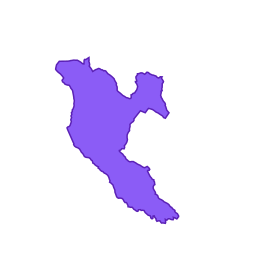 the district of Indiara, Goiás, Brazil, rotated 309°
{"feature_id": "56859067B57981845225789", "entity_name": "Indiara", "entity_type": "district", "adm_level": 2, "iso_a3": "BRA", "parent_name": "Brazil", "parent_adm1": "Goiás", "projection": "equal_earth", "projection_center": [-49.96, -17.208], "detail": "fine", "context": "isolated", "style": "filled", "palette": "violet", "viewbox_px": 256, "rotation_deg": 309, "n_neighbors": 0, "source": "geoboundaries", "source_scale": "gbopen_adm2", "svg_char_len": 4708}
<svg xmlns="http://www.w3.org/2000/svg" viewBox="0 0 256 256"><g transform="rotate(309 128 128)"><path d="M87.9,222.9L88.7,223.4L89.7,223.0L90.8,223.2L91.5,222.7L92.5,220.3L92.3,218.6L92.5,217.0L93.5,216.3L93.3,213.7L93.8,211.9L93.5,210.7L93.8,209.1L94.2,208.1L94.2,206.4L93.9,205.0L93.6,203.6L93.3,202.4L93.5,201.0L93.3,199.2L92.7,196.9L92.9,195.4L93.6,194.5L94.2,193.5L94.2,192.1L93.8,190.7L94.7,190.4L95.3,189.6L96.0,187.8L96.5,186.4L97.1,185.5L98.1,184.6L99.7,184.1L100.9,184.5L101.9,183.3L102.7,182.6L103.1,181.5L104.0,180.7L103.4,179.2L103.9,177.8L104.2,176.0L104.7,174.7L105.2,173.6L106.0,171.9L106.8,170.2L107.7,170.2L108.4,171.1L109.6,170.9L110.2,169.0L110.2,167.1L107.7,166.0L107.1,164.8L106.8,162.9L106.7,161.0L106.3,159.6L105.9,158.1L105.8,156.3L105.5,154.6L105.2,153.1L103.9,151.6L103.0,150.9L102.5,149.3L102.7,147.7L102.6,146.5L103.0,145.1L103.7,144.3L103.7,142.8L104.0,141.6L104.4,140.2L104.3,138.7L104.5,136.0L105.1,135.4L106.2,136.2L107.1,136.2L108.1,136.2L109.4,138.1L110.8,137.6L112.0,136.3L113.5,136.4L115.0,136.2L116.1,136.0L117.4,135.5L118.6,134.9L119.9,133.4L121.9,131.8L123.3,131.3L125.2,130.9L126.9,130.9L128.2,129.7L130.5,128.6L132.1,127.2L134.3,127.4L136.4,128.0L138.0,127.7L138.7,126.9L149.2,126.8L150.7,131.8L153.9,131.6L154.8,131.6L156.1,131.6L156.7,132.7L157.8,135.4L158.0,137.3L158.0,139.7L158.6,141.9L158.8,144.7L159.1,147.3L158.5,149.1L159.1,150.9L165.6,150.3L166.0,148.3L166.3,146.8L167.1,145.7L168.2,144.1L168.9,142.7L169.9,142.2L170.5,141.3L170.9,140.1L171.0,138.9L171.7,137.1L172.4,135.7L172.6,134.6L173.4,133.8L173.9,132.8L175.1,132.2L176.5,131.5L177.4,130.5L178.5,131.1L179.6,129.6L181.0,129.0L183.0,127.5L184.0,126.7L185.4,126.7L186.5,126.3L187.1,124.7L187.8,122.6L189.2,122.3L188.1,120.8L187.0,120.7L186.1,120.3L185.7,118.9L186.0,117.1L185.5,115.8L185.1,114.5L184.5,113.6L183.8,110.8L183.9,108.9L183.3,107.6L181.7,107.4L180.3,107.2L180.0,105.5L179.7,104.3L178.8,103.2L177.6,102.5L176.7,101.9L176.1,101.2L175.2,101.8L174.1,101.9L172.9,101.9L172.1,102.5L171.3,103.4L170.6,104.7L169.7,105.4L168.8,104.5L168.2,105.2L167.9,106.7L167.2,108.1L166.2,109.5L164.6,110.2L163.9,110.5L162.9,110.8L160.7,110.9L159.7,111.2L158.9,110.7L157.9,110.1L156.7,110.1L155.7,109.5L153.9,111.2L152.7,111.5L151.6,110.5L151.3,109.0L150.5,107.5L150.4,105.5L150.0,103.6L150.1,102.0L150.2,99.9L150.1,97.3L150.4,95.9L151.8,94.8L153.1,93.7L153.9,92.1L154.6,91.4L155.4,91.0L155.9,89.6L156.4,88.3L156.9,87.2L157.5,86.3L157.7,84.6L157.8,82.8L157.8,81.0L157.7,79.8L157.5,78.3L157.9,76.4L158.3,74.9L158.0,73.9L157.1,73.0L157.1,71.6L156.4,70.5L156.3,68.7L155.6,67.5L154.5,67.1L153.3,66.3L151.4,65.5L150.6,65.4L149.7,65.0L150.3,63.6L150.8,62.4L151.4,60.2L151.7,58.9L152.9,58.5L153.6,57.8L154.5,56.7L155.3,55.4L156.2,55.1L157.1,54.2L158.2,53.3L157.1,52.9L155.6,52.5L154.4,51.9L153.9,51.1L153.0,51.3L151.9,52.1L151.1,52.7L150.0,53.4L149.4,52.2L149.4,49.7L149.1,47.6L148.8,46.0L147.5,44.4L146.7,43.2L145.7,42.3L145.0,41.7L144.2,40.9L143.5,40.5L142.1,39.2L136.6,32.6L132.1,32.7L129.5,34.0L128.2,34.7L127.7,36.0L127.4,38.7L127.5,41.4L127.0,44.4L126.4,46.5L125.4,46.7L123.6,46.7L122.7,48.1L122.8,49.9L122.4,51.5L123.2,53.8L124.2,55.4L123.7,57.1L122.9,58.6L122.5,60.6L122.0,61.6L120.2,63.7L119.2,64.9L117.5,66.8L116.6,67.6L115.8,68.8L114.4,69.8L112.9,70.6L111.5,72.0L110.3,72.6L109.4,72.9L108.4,73.3L107.0,73.3L105.7,74.4L104.4,74.3L103.2,75.8L101.5,76.1L100.6,77.6L99.1,78.1L98.3,78.4L97.5,79.8L96.2,80.4L94.5,81.0L93.5,81.4L92.1,81.3L90.8,80.5L89.7,80.5L88.7,82.2L82.4,94.4L81.9,95.6L80.9,96.2L80.3,97.9L80.4,99.7L81.0,101.4L81.2,103.5L80.5,105.5L79.8,107.1L79.7,108.8L79.1,110.5L78.4,112.1L78.8,113.8L79.6,115.1L80.3,116.3L80.5,117.7L79.9,119.6L80.1,120.7L79.5,121.7L78.6,122.8L78.9,123.9L78.6,125.6L78.7,127.5L79.2,129.5L78.1,129.9L78.2,131.6L77.8,133.0L77.8,134.6L78.3,136.0L78.0,137.9L78.4,139.0L78.5,140.5L78.5,142.0L77.8,143.7L77.3,144.6L76.5,145.7L75.6,147.3L74.3,147.8L74.5,149.5L74.2,152.3L73.4,153.4L72.8,154.4L71.6,156.7L71.0,157.3L69.9,158.3L69.2,159.5L68.3,161.0L67.5,162.3L67.2,163.4L67.4,164.7L68.7,166.1L69.5,167.7L69.4,169.3L68.6,170.8L68.2,172.7L69.0,173.6L68.8,174.7L68.2,175.6L67.9,176.6L66.8,177.6L67.4,178.6L68.0,180.0L69.0,181.0L68.9,182.2L68.5,183.6L68.7,184.7L68.7,186.0L68.9,187.4L69.5,188.1L71.0,187.6L72.3,189.0L72.2,190.1L73.2,191.0L74.0,192.4L73.1,194.5L73.0,196.6L72.9,198.6L73.7,200.3L73.2,201.6L72.5,202.2L72.5,203.8L73.3,204.2L74.2,203.7L75.4,202.9L76.2,203.6L75.4,205.1L75.1,206.9L74.2,207.7L73.7,209.2L74.8,209.9L75.9,211.1L75.5,212.5L75.2,213.8L76.3,215.0L76.9,216.1L77.4,217.0L78.3,216.7L80.5,214.5L80.8,216.2L81.7,216.3L82.8,216.4L83.6,217.4L84.0,219.1L85.1,220.8L86.5,220.4L87.1,219.5L87.8,221.1L87.9,222.9Z" fill="#8b5cf6" stroke="#5b21b6" stroke-width="1.5"/></g></svg>